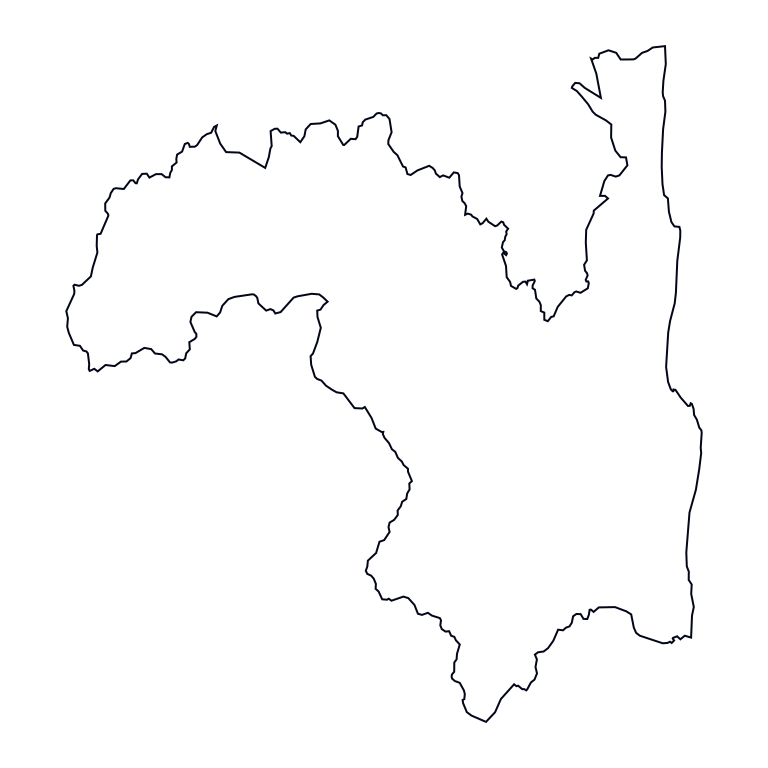 Sambava, Sava, Madagascar (Equal Earth projection)
{"feature_id": "10022922B78580830473532", "entity_name": "Sambava", "entity_type": "district", "adm_level": 2, "iso_a3": "MDG", "parent_name": "Madagascar", "parent_adm1": "Sava", "projection": "equal_earth", "projection_center": [49.762, -14.245], "detail": "fine", "context": "isolated", "style": "outline", "palette": "ink", "viewbox_px": 768, "rotation_deg": 0, "n_neighbors": 0, "source": "geoboundaries", "source_scale": "gbopen_adm2", "svg_char_len": 6073}
<svg xmlns="http://www.w3.org/2000/svg" viewBox="0 0 768 768"><path d="M68.8,332.8L73.9,344.9L79.9,345.8L83.1,350.5L86.5,351.5L87.9,353.4L89.2,364.1L88.8,369.2L89.7,370.9L94.3,368.8L97.7,371.4L105.5,365.0L114.7,366.1L121.0,361.6L126.4,361.5L130.5,358.2L131.9,353.4L135.5,353.1L144.3,347.9L151.2,349.1L155.0,353.5L162.0,354.3L165.5,356.8L170.0,362.4L172.2,362.6L176.3,361.3L178.5,359.5L183.3,360.3L185.2,358.4L186.2,353.3L189.8,349.4L189.3,342.2L194.8,338.9L196.4,336.8L196.3,333.8L194.7,332.0L190.4,322.0L191.5,316.8L196.1,312.2L207.5,312.7L216.7,316.4L220.1,312.5L222.3,305.8L228.3,299.2L234.5,296.9L252.1,294.3L253.9,294.5L256.2,296.3L257.3,298.0L258.4,303.4L266.2,310.6L270.4,309.1L273.4,310.4L275.3,313.5L280.6,312.1L293.6,297.6L297.6,296.3L311.6,293.8L319.2,294.4L323.5,297.7L327.6,301.7L323.6,305.0L320.5,309.6L317.2,310.6L317.5,317.0L320.8,327.8L317.3,341.9L313.0,353.5L310.6,356.2L311.2,364.8L314.9,376.8L317.1,378.9L321.5,380.6L325.9,385.6L331.8,389.6L336.6,392.3L343.4,393.4L354.5,408.1L362.4,408.5L364.8,407.0L371.5,417.9L375.7,428.6L381.7,432.0L383.3,431.9L382.8,434.0L384.5,437.8L389.0,443.1L391.9,449.2L395.3,451.9L397.9,457.9L401.9,461.6L403.6,465.0L408.0,468.8L408.0,471.7L411.9,481.1L409.3,483.5L409.6,489.4L407.2,493.4L406.3,499.0L402.2,501.7L400.7,506.4L397.6,510.5L397.8,515.0L394.1,519.9L389.6,522.6L388.5,527.1L389.6,531.9L384.2,540.1L379.5,541.7L376.1,553.0L367.9,560.6L367.3,566.6L365.8,570.8L367.3,573.9L371.1,575.6L373.7,578.6L375.9,583.9L375.6,588.8L378.6,591.5L382.2,599.3L387.1,599.7L388.7,598.7L391.5,600.7L403.4,596.6L408.3,598.1L414.5,605.0L417.9,613.7L422.0,614.9L427.9,612.8L431.9,615.6L439.9,618.1L441.0,620.4L440.3,625.3L441.8,629.1L445.6,631.6L449.1,631.2L451.2,635.8L454.3,636.8L455.9,640.3L459.8,644.5L457.0,653.8L456.6,659.3L454.3,662.5L454.2,671.8L451.9,674.5L451.6,676.9L452.1,678.6L454.8,681.0L459.7,682.8L463.9,690.4L464.8,694.0L464.3,699.1L462.6,700.0L463.1,703.2L466.8,712.1L471.5,715.6L486.0,721.9L495.1,712.2L500.9,699.0L514.1,684.3L516.5,686.2L518.1,685.7L522.3,689.2L524.2,689.1L526.2,690.4L527.2,689.4L530.9,682.5L534.5,679.6L537.0,673.4L535.5,667.0L536.9,659.4L534.9,654.6L538.0,652.3L543.6,651.5L548.0,648.2L553.3,640.8L558.1,629.7L563.1,630.3L565.9,627.7L569.5,626.4L571.8,622.7L573.1,616.3L576.3,614.0L580.6,614.1L583.5,618.9L587.3,619.0L588.9,614.6L589.6,609.8L590.9,609.6L593.6,611.9L598.8,607.4L615.0,607.1L626.2,611.3L631.2,614.4L633.8,627.6L636.1,632.8L639.8,635.7L662.8,643.3L667.6,642.9L670.0,641.7L671.7,643.0L674.1,640.5L672.7,638.5L673.0,637.9L677.1,636.3L680.4,639.3L684.8,635.7L691.1,637.6L692.0,615.6L693.8,607.0L691.2,593.9L691.7,584.5L688.7,579.9L688.8,571.6L686.8,566.4L686.3,552.4L689.5,512.5L695.9,489.7L699.2,469.3L701.2,453.0L700.7,447.8L701.7,432.9L701.4,430.3L699.3,427.7L696.8,419.5L694.1,415.0L693.6,408.9L691.9,404.0L690.7,403.3L689.8,405.8L688.0,406.0L680.7,397.6L675.5,389.9L673.6,389.5L673.4,391.2L672.7,391.3L670.8,389.3L668.1,382.0L666.1,367.0L668.2,332.6L670.1,320.9L674.7,303.4L675.9,292.8L677.3,260.8L680.2,237.6L680.3,230.6L679.4,226.9L674.4,226.4L671.4,222.0L668.9,211.6L667.9,198.4L664.1,195.1L662.5,184.2L661.7,167.1L661.9,153.1L663.1,129.2L665.4,111.7L665.0,100.7L663.1,96.2L662.7,92.4L663.4,80.8L665.8,64.1L665.0,46.1L652.7,47.5L647.6,50.9L642.0,52.9L635.5,58.6L633.3,59.4L620.7,59.5L616.2,52.8L608.5,50.3L599.3,53.7L598.2,57.9L594.8,57.9L592.6,59.5L591.1,58.6L596.3,73.6L600.9,97.9L584.9,88.0L579.6,83.3L575.2,82.9L572.3,86.3L571.8,87.9L576.8,91.0L581.7,96.5L588.1,104.2L592.6,111.6L595.7,114.7L605.8,120.3L611.3,124.5L611.1,137.5L615.3,150.6L620.6,157.2L626.0,157.4L627.4,165.3L619.4,175.4L615.8,176.6L610.6,174.9L608.0,175.4L604.4,180.9L600.0,195.9L605.1,195.9L608.0,198.5L593.8,210.6L593.6,213.6L586.2,229.8L585.8,242.6L586.9,260.4L584.1,264.8L585.1,270.8L587.1,273.3L587.6,275.5L585.7,279.8L586.4,281.5L588.1,281.4L588.8,283.1L587.8,288.3L580.5,292.8L576.3,291.5L574.6,292.1L571.7,295.4L569.2,294.9L566.2,296.4L557.7,306.9L553.7,316.3L551.2,316.9L547.8,321.2L544.3,319.8L544.3,312.6L540.8,311.1L540.8,305.1L539.4,301.7L536.3,298.5L535.0,289.8L532.6,288.3L532.6,285.6L534.8,281.0L534.3,279.6L527.9,280.7L527.0,284.2L525.5,281.6L523.0,281.8L518.2,285.6L517.4,288.1L516.2,288.9L511.0,285.9L510.1,281.9L506.7,277.2L506.0,266.0L502.1,254.4L503.3,252.7L506.1,255.1L506.9,253.6L506.2,252.1L504.0,251.4L501.8,247.6L503.0,242.1L504.7,240.3L505.3,236.6L506.6,234.3L506.2,231.5L508.1,228.7L504.1,224.8L503.2,222.3L501.3,221.6L497.2,225.5L495.1,226.2L488.3,221.7L486.4,218.7L482.6,223.2L480.3,224.4L477.2,219.0L472.4,216.4L471.2,214.7L467.7,213.6L465.1,214.8L466.2,206.2L464.8,203.4L462.3,200.9L461.4,196.5L462.5,193.1L459.7,186.5L459.0,175.2L457.7,173.1L453.8,172.4L449.3,177.7L443.1,175.4L439.8,177.1L435.9,173.6L434.8,170.4L432.6,167.9L429.2,165.8L417.5,170.4L410.6,175.0L407.4,174.0L405.6,167.4L403.0,166.5L397.4,155.2L393.7,151.9L388.3,144.1L388.4,140.4L391.6,132.2L389.5,119.0L386.3,115.2L382.9,115.3L380.9,113.4L378.9,113.0L376.6,113.5L373.3,116.9L365.3,119.6L362.7,122.3L362.1,125.4L358.6,126.5L357.2,136.9L355.5,139.2L350.8,138.8L344.2,145.0L343.2,144.9L337.9,136.2L337.9,130.8L335.4,124.7L329.3,120.4L320.4,123.4L310.7,124.0L305.7,129.4L304.4,136.2L300.3,142.2L293.7,135.9L291.2,135.5L289.8,133.1L287.1,133.7L285.3,132.2L280.8,132.6L277.5,128.7L274.7,128.8L270.6,131.1L271.7,146.1L270.4,148.5L268.8,157.2L265.2,167.9L239.4,152.6L226.1,152.1L220.2,143.6L215.3,131.0L216.8,125.5L214.1,126.9L211.1,132.8L206.9,134.1L202.2,137.4L197.1,145.1L194.8,146.7L189.8,146.8L188.9,143.9L187.7,142.9L184.8,144.0L182.1,151.6L177.1,154.6L176.3,159.0L176.6,162.5L171.9,166.4L171.9,170.0L170.2,173.0L169.4,177.4L165.5,177.2L161.6,174.1L156.0,174.1L149.4,177.6L146.8,173.7L142.1,173.9L138.0,179.4L136.8,183.3L135.5,183.2L133.2,180.3L130.4,180.4L123.8,189.0L115.9,188.2L113.6,188.9L110.8,193.1L109.5,197.6L105.2,203.4L105.3,210.8L107.8,213.6L108.4,215.6L100.6,233.8L97.5,234.3L97.0,235.2L96.7,245.9L97.4,252.5L92.7,267.8L90.9,276.4L81.9,284.9L79.0,285.8L74.5,284.7L73.4,285.8L74.4,290.7L74.2,293.9L66.3,311.2L67.9,318.2L67.2,326.8L68.8,332.8Z" fill="none" stroke="#020617" stroke-width="2"/></svg>